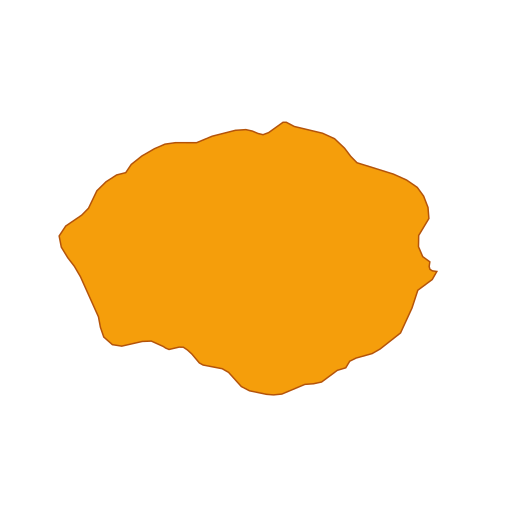 the border of La Réunion, rotated 144°
{"feature_id": "FRA-4601", "entity_name": "La Réunion", "entity_type": "Overseas department", "adm_level": 1, "iso_a3": "FRA", "parent_name": "France", "parent_adm1": "", "projection": "orthographic", "projection_center": [55.548, -21.116], "detail": "fine", "context": "isolated", "style": "filled", "palette": "amber", "viewbox_px": 512, "rotation_deg": 144, "n_neighbors": 0, "source": "natural_earth", "source_scale": "10m", "svg_char_len": 1173}
<svg xmlns="http://www.w3.org/2000/svg" viewBox="0 0 512 512"><g transform="rotate(144 256 256)"><path d="M390.7,248.7L398.2,253.7L417.6,262.0L424.3,268.7L426.8,279.9L423.8,289.7L419.2,299.4L410.2,342.4L409.0,354.4L409.3,365.2L408.3,377.6L403.5,387.9L392.3,392.1L373.0,391.5L363.4,393.1L346.4,402.3L333.7,404.2L321.1,403.5L312.4,400.0L303.1,403.4L289.5,404.0L275.1,402.5L263.9,400.0L254.5,395.0L237.5,382.6L221.1,378.7L198.8,369.8L189.9,364.2L185.5,359.2L182.4,354.0L179.0,350.0L173.2,348.4L155.5,348.3L152.9,346.4L148.9,338.3L130.0,316.2L123.5,304.7L121.0,291.2L120.8,281.0L119.5,272.1L96.7,241.5L89.5,228.9L85.2,216.7L85.2,205.9L88.3,194.2L94.1,184.7L112.3,177.0L119.1,168.0L121.5,157.5L118.8,149.1L122.1,145.7L123.1,143.0L122.1,140.4L118.8,137.2L127.2,133.4L145.2,133.2L160.4,122.2L184.3,108.8L210.3,107.8L219.4,108.8L235.0,114.6L242.0,115.8L249.1,112.8L257.4,115.7L277.0,115.5L284.5,118.8L291.9,123.4L316.2,129.1L323.4,133.3L328.8,137.9L340.5,150.8L344.6,159.0L346.6,178.0L349.6,184.7L362.9,198.9L364.7,202.8L365.5,214.4L366.7,220.3L368.4,224.9L371.8,227.5L381.3,231.5L383.2,234.6L384.2,237.3L390.7,248.7Z" fill="#f59e0b" stroke="#b45309" stroke-width="1.5"/></g></svg>